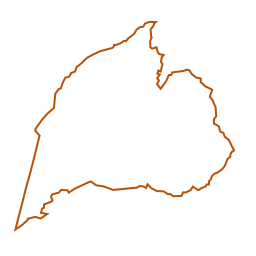 Aguas Buenas, Puerto Rico (Natural Earth projection), rotated 183°
{"feature_id": "32010507B96467798502033", "entity_name": "Aguas Buenas", "entity_type": "district", "adm_level": 2, "iso_a3": "PRI", "parent_name": "Puerto Rico", "parent_adm1": "", "projection": "natural_earth1", "projection_center": [-66.131, 18.251], "detail": "fine", "context": "isolated", "style": "outline", "palette": "amber", "viewbox_px": 256, "rotation_deg": 183, "n_neighbors": 0, "source": "geoboundaries", "source_scale": "gbopen_adm2", "svg_char_len": 1893}
<svg xmlns="http://www.w3.org/2000/svg" viewBox="0 0 256 256"><g transform="rotate(183 128 128)"><path d="M235.1,20.8L229.2,25.1L223.7,30.6L223.3,32.1L216.0,34.4L210.4,33.1L204.1,37.9L210.5,38.7L209.5,43.1L207.7,44.0L207.8,47.3L200.5,50.5L199.6,51.8L201.4,55.4L200.1,57.8L193.8,59.8L191.4,62.7L185.0,62.6L183.7,60.4L178.9,64.0L177.3,65.0L162.7,72.7L162.1,72.5L156.7,69.1L149.1,68.4L139.6,65.4L116.0,68.9L113.3,70.7L109.5,70.4L106.8,69.0L105.5,72.8L101.4,69.0L95.7,66.5L89.2,66.6L84.6,64.0L83.0,64.4L79.0,62.2L70.9,63.0L69.6,66.6L66.7,66.7L62.1,69.4L60.2,72.8L54.6,69.6L51.8,71.6L47.3,73.8L46.5,75.7L44.2,75.9L44.3,79.2L42.6,80.9L41.7,84.2L39.5,86.8L36.3,88.2L31.8,91.8L29.3,95.2L27.0,102.2L24.4,104.7L24.3,107.3L23.4,109.2L20.9,111.1L26.7,121.3L30.9,124.4L32.5,128.0L35.8,129.3L37.4,134.5L42.4,136.9L42.7,141.3L41.9,142.3L40.5,144.4L41.7,153.6L42.7,155.4L45.0,160.3L47.9,163.4L45.9,170.6L53.0,173.7L57.9,177.7L57.9,181.2L62.7,182.0L66.9,185.0L69.9,188.9L72.2,189.3L75.5,187.9L86.7,185.8L87.8,183.1L90.0,183.0L92.5,176.4L97.5,168.9L101.3,173.5L99.6,177.1L101.5,179.2L100.0,181.6L98.9,183.1L101.5,183.8L100.6,187.0L98.4,186.1L96.9,193.7L98.6,195.7L98.0,200.2L96.3,202.8L100.7,203.4L102.4,205.7L103.8,210.1L108.0,208.5L109.9,209.8L110.4,216.2L109.1,219.5L109.7,221.1L110.6,227.6L107.9,231.5L107.2,233.9L105.8,235.2L112.1,235.1L116.5,233.2L118.2,229.9L121.4,229.3L124.6,226.7L126.9,222.2L133.0,217.0L134.5,214.5L136.4,214.9L139.9,212.2L144.2,210.3L146.3,210.3L146.5,208.4L147.5,207.3L160.7,202.9L172.2,196.3L175.6,192.9L177.0,191.1L180.0,188.2L182.4,186.4L183.9,181.5L187.6,180.0L189.4,176.3L193.3,174.9L195.7,169.3L197.2,164.0L199.1,163.4L202.4,158.4L203.0,144.2L209.8,137.5L212.9,133.5L213.0,133.4L213.6,132.8L215.8,129.4L220.3,122.3L220.5,120.4L215.9,115.8L217.6,107.2L220.2,93.3L223.4,77.6L226.8,62.6L228.7,52.6L228.9,51.5L235.1,20.8Z" fill="none" stroke="#b45309" stroke-width="2"/></g></svg>